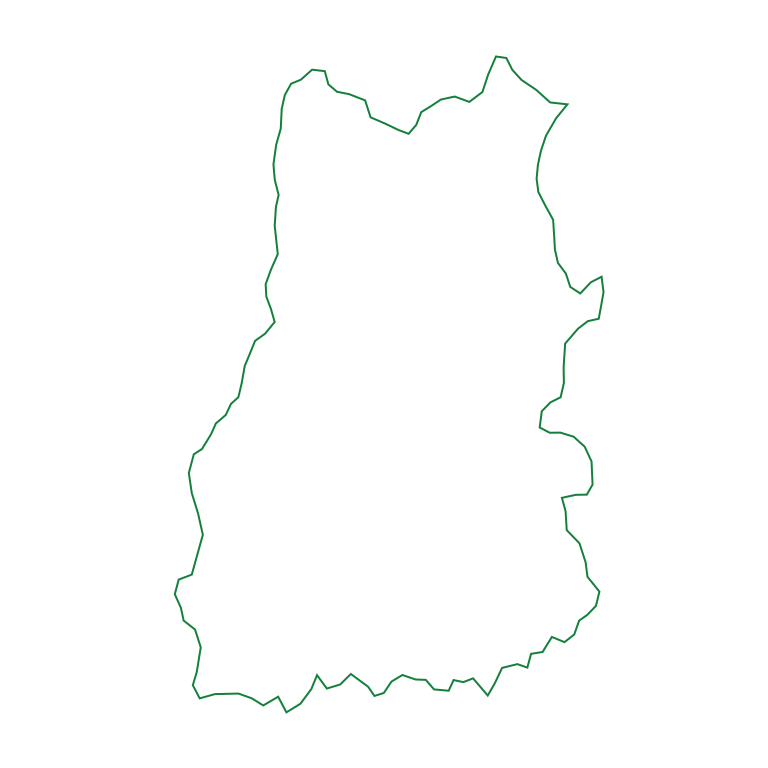 Arceburgo, Minas Gerais, Brazil (Equal Earth projection), rotated 355°
{"feature_id": "56859067B4673789538308", "entity_name": "Arceburgo", "entity_type": "district", "adm_level": 2, "iso_a3": "BRA", "parent_name": "Brazil", "parent_adm1": "Minas Gerais", "projection": "equal_earth", "projection_center": [-46.936, -21.353], "detail": "fine", "context": "isolated", "style": "outline", "palette": "green", "viewbox_px": 768, "rotation_deg": 355, "n_neighbors": 0, "source": "geoboundaries", "source_scale": "gbopen_adm2", "svg_char_len": 1940}
<svg xmlns="http://www.w3.org/2000/svg" viewBox="0 0 768 768"><g transform="rotate(355 384 384)"><path d="M591.1,121.4L574.1,118.0L561.3,104.3L547.4,93.0L539.2,82.2L534.3,69.9L524.1,67.5L514.7,84.9L507.5,101.7L493.6,110.4L479.5,103.8L465.4,105.6L455.4,111.1L444.8,116.4L438.7,128.7L430.3,136.9L420.5,132.2L408.9,125.3L393.9,117.2L389.9,99.8L374.5,92.2L362.7,88.8L354.7,80.7L352.3,67.2L339.8,64.6L327.7,73.6L317.7,76.7L310.4,87.5L306.1,100.9L303.4,120.6L297.5,136.1L293.0,155.6L293.0,171.1L295.5,186.6L291.8,198.1L288.9,217.0L289.5,245.4L281.4,260.1L274.8,274.3L274.4,286.7L277.9,299.3L280.5,312.7L269.9,323.5L259.3,329.8L253.8,340.6L246.8,354.0L242.3,370.8L237.8,384.4L229.8,390.5L223.7,401.0L213.1,408.6L207.4,418.9L197.1,432.8L188.4,437.5L181.8,455.6L183.0,475.9L187.5,496.9L190.4,518.4L175.9,557.1L162.4,561.0L157.3,575.2L162.2,589.4L163.8,602.2L174.4,612.2L178.5,630.4L172.4,654.5L167.3,667.4L173.0,681.1L188.5,678.2L212.0,679.7L224.7,685.5L235.7,693.7L251.3,686.3L258.2,702.6L272.9,695.2L285.0,681.6L291.9,668.2L300.5,682.4L314.2,679.5L325.7,670.0L341.8,684.2L347.3,693.9L356.9,691.8L365.5,681.1L377.0,675.5L389.6,681.1L399.9,682.4L407.2,692.6L421.7,695.2L427.5,685.0L437.1,687.9L447.1,685.0L460.2,703.4L468.3,691.8L476.9,677.1L492.5,674.7L502.1,679.0L507.0,665.6L518.6,664.8L529.2,650.6L541.3,656.9L551.7,650.1L557.8,636.7L566.4,631.7L575.8,623.5L580.5,609.6L569.9,593.8L569.3,579.1L564.8,559.7L553.3,545.5L553.8,526.6L551.3,512.9L565.4,511.1L576.4,511.9L583.0,502.4L584.0,479.3L578.5,464.0L568.3,453.0L555.4,447.8L544.8,447.0L535.3,440.9L538.8,424.9L548.2,416.8L558.8,412.6L563.3,398.6L564.4,382.9L568.0,359.5L582.1,345.8L592.4,339.2L603.6,337.7L607.1,325.1L610.7,311.7L610.1,296.1L599.1,300.6L587.4,310.9L578.0,303.5L574.8,289.8L567.8,278.5L566.0,264.9L566.4,252.0L566.8,235.2L560.3,220.5L554.5,206.3L553.9,192.9L556.4,179.2L560.7,165.3L567.0,150.8L578.6,134.3L591.1,121.4Z" fill="none" stroke="#15803d" stroke-width="2"/></g></svg>